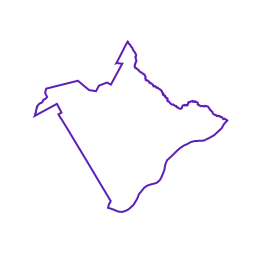 Ramallo, Buenos Aires, Argentina, rotated 106°
{"feature_id": "61730980B89935327549189", "entity_name": "Ramallo", "entity_type": "district", "adm_level": 2, "iso_a3": "ARG", "parent_name": "Argentina", "parent_adm1": "Buenos Aires", "projection": "robinson", "projection_center": [-60.168, -33.589], "detail": "fine", "context": "isolated", "style": "outline", "palette": "violet", "viewbox_px": 256, "rotation_deg": 106, "n_neighbors": 0, "source": "geoboundaries", "source_scale": "gbopen_adm2", "svg_char_len": 5240}
<svg xmlns="http://www.w3.org/2000/svg" viewBox="0 0 256 256"><g transform="rotate(106 128 128)"><path d="M96.4,189.2L112.7,217.5L116.9,217.4L120.6,214.3L122.2,215.1L122.7,215.5L123.0,215.6L123.3,216.0L123.5,216.4L123.8,216.6L124.0,216.9L124.7,217.1L124.8,217.0L125.7,217.4L126.3,217.3L126.5,217.4L127.0,217.9L127.3,218.0L127.6,218.0L127.8,218.2L128.0,218.7L128.2,218.8L128.4,219.3L128.9,219.7L129.1,219.8L130.2,220.6L130.9,220.7L131.8,221.2L132.1,221.2L132.4,221.4L132.6,221.4L132.9,221.1L133.2,221.2L133.7,221.1L134.0,221.1L134.2,221.3L134.6,221.3L135.4,221.2L136.4,221.2L138.0,220.8L138.4,221.0L138.8,220.9L139.0,221.0L139.4,221.1L141.0,220.9L142.1,221.0L124.4,203.0L131.5,196.2L134.0,198.6L136.7,195.9L137.8,194.4L146.9,184.5L171.3,158.3L203.0,124.5L204.1,124.6L204.7,124.6L205.6,125.1L206.3,125.3L210.2,125.2L210.3,120.9L211.0,113.9L210.2,110.3L208.8,108.2L207.4,106.4L205.7,104.8L202.9,103.1L200.4,101.5L194.4,99.9L192.9,99.6L188.3,99.2L186.9,98.4L180.8,95.9L178.0,93.5L176.1,90.8L173.8,86.8L172.8,85.3L169.7,83.2L166.5,82.3L160.9,81.7L157.5,81.5L153.9,82.0L151.1,82.0L147.9,81.4L144.3,79.1L136.2,74.5L133.0,72.5L129.4,69.4L127.2,66.7L124.1,63.6L122.0,59.9L121.5,58.2L120.6,56.0L120.2,54.4L119.2,51.7L115.3,47.3L111.3,43.3L102.4,37.9L97.4,36.7L93.4,34.6L93.0,35.5L92.9,35.9L92.6,37.3L92.4,38.0L92.5,38.2L93.0,38.2L93.1,38.3L93.2,38.6L93.1,38.9L92.8,39.4L92.6,39.8L91.9,40.4L91.6,40.9L91.6,41.2L91.9,42.2L91.9,42.4L91.7,42.8L91.3,43.1L91.2,43.4L91.6,44.1L91.3,44.5L91.3,44.8L91.9,45.5L92.1,45.8L92.0,46.2L91.4,46.9L91.2,47.3L91.2,47.6L91.3,47.9L91.5,48.2L91.5,48.5L91.4,48.8L90.9,50.1L90.5,50.5L90.2,50.7L89.9,50.9L89.7,51.1L89.2,51.3L89.0,51.8L89.0,52.1L88.5,52.9L88.2,53.1L88.1,53.3L87.9,54.4L87.7,54.6L87.2,54.8L86.5,55.5L86.0,56.4L85.4,57.0L85.3,58.1L85.5,58.9L85.4,59.6L85.6,60.4L85.7,60.6L86.2,60.5L86.3,60.7L86.3,60.9L86.2,61.1L86.2,61.3L86.4,61.9L86.4,62.7L86.6,63.2L86.7,63.7L86.9,64.2L87.0,64.4L86.9,64.5L86.7,64.7L86.6,65.1L86.7,65.6L86.4,65.9L86.4,66.0L86.4,66.5L86.3,67.0L86.2,67.5L85.9,67.6L85.4,67.5L85.0,67.5L84.8,67.8L84.3,68.5L84.2,69.2L84.0,69.5L84.0,69.8L84.5,70.3L84.5,70.7L84.3,71.0L83.9,71.2L83.9,71.3L84.0,71.4L84.4,71.5L84.6,71.7L84.4,72.1L84.4,72.3L84.7,72.7L84.3,72.9L84.1,73.3L84.1,73.5L84.5,73.8L84.9,74.5L85.1,74.8L85.4,75.1L85.8,75.6L86.2,75.7L86.4,76.1L86.2,76.5L86.4,76.8L86.8,77.1L88.0,77.0L88.6,77.0L88.9,76.9L89.4,77.0L89.7,77.2L90.2,77.5L90.1,77.8L89.8,78.0L89.7,78.1L89.9,78.4L90.3,78.7L90.3,78.9L90.0,79.2L90.0,79.4L90.3,79.7L90.2,80.0L90.3,80.2L90.9,80.3L90.9,80.7L90.9,81.0L91.1,81.3L92.3,81.9L93.1,81.7L94.1,81.8L94.2,82.2L94.3,82.3L94.7,82.4L95.0,82.5L95.2,82.9L95.1,83.7L95.1,84.3L95.1,84.6L94.7,85.3L94.8,85.7L94.7,86.0L94.4,86.2L94.4,86.4L94.5,86.6L94.5,86.9L94.3,87.1L94.1,87.8L93.9,88.0L93.6,88.0L93.7,88.5L93.6,88.8L93.7,89.1L93.4,89.6L93.4,90.0L93.4,90.3L93.0,90.6L92.9,90.8L92.9,91.0L93.3,91.8L93.3,92.2L93.2,93.2L92.9,93.4L92.7,93.6L92.1,95.0L91.6,95.4L91.4,95.9L91.2,96.1L91.1,96.4L91.3,96.7L91.4,97.0L91.2,97.5L90.6,97.8L90.3,97.7L89.9,97.7L89.8,97.8L89.6,98.1L89.3,98.4L89.2,98.4L89.0,98.2L88.8,98.1L88.6,98.2L88.5,98.8L88.8,99.0L88.5,99.5L88.3,100.3L88.2,100.4L87.7,100.4L87.5,100.5L87.3,100.7L87.6,100.8L87.6,101.1L87.4,101.2L86.9,101.4L86.6,101.8L86.6,102.0L86.8,102.1L86.8,102.4L86.8,102.6L86.4,103.1L86.5,103.4L86.4,103.6L86.1,103.7L85.8,103.4L85.7,103.4L85.4,103.6L85.2,103.5L84.9,103.9L84.8,104.1L84.9,104.4L84.8,104.7L84.7,104.8L84.1,105.0L83.7,105.2L83.4,105.4L83.4,105.8L83.1,106.3L82.6,106.5L82.4,106.7L82.1,107.4L82.1,107.7L82.2,108.0L81.9,108.6L81.7,109.7L81.5,110.0L81.1,110.2L81.0,110.4L81.0,110.6L81.3,110.9L81.4,111.9L81.3,112.0L81.1,112.0L81.0,112.5L80.9,112.6L80.5,112.8L80.3,113.9L80.4,114.3L80.9,114.5L81.0,114.7L81.0,114.9L80.5,115.3L80.1,115.8L79.4,116.1L79.2,116.7L79.1,117.3L78.7,117.8L78.8,118.3L78.3,119.1L78.3,119.3L78.6,119.5L78.7,119.8L78.3,119.9L78.2,120.0L77.6,120.6L77.3,121.2L77.1,121.8L77.0,122.1L76.9,122.5L77.2,122.9L77.2,123.1L77.1,123.9L77.0,124.1L76.9,124.1L76.4,124.2L76.1,124.7L75.6,125.1L75.2,125.2L74.7,124.9L73.9,125.2L73.5,125.8L73.1,126.0L72.8,126.5L72.4,126.7L72.0,127.0L72.0,127.4L71.8,127.8L71.7,128.0L71.7,128.7L71.6,129.0L71.3,129.3L71.2,129.7L71.0,129.9L71.0,131.0L70.8,131.3L70.5,132.4L70.2,132.9L69.8,133.3L69.4,133.5L69.4,134.0L69.2,134.4L69.1,135.0L68.5,135.7L68.4,135.9L68.5,136.5L68.1,136.9L68.1,137.2L68.2,137.5L67.8,137.7L67.7,138.0L67.3,138.5L66.9,138.7L65.9,138.5L65.6,138.7L65.6,138.8L65.4,138.9L65.1,138.8L64.4,138.9L64.0,138.6L62.9,138.8L62.2,138.5L61.8,138.6L61.5,138.3L61.2,138.3L60.7,138.7L59.9,139.2L59.5,139.4L59.2,139.8L58.1,139.9L58.0,140.2L57.7,140.5L57.4,140.6L56.8,140.2L56.1,140.2L55.6,140.2L54.9,140.8L54.4,141.5L54.0,141.8L53.8,141.8L53.3,142.3L53.2,142.5L52.8,143.1L52.7,143.4L52.5,143.6L51.9,144.4L51.4,144.6L51.0,145.1L50.2,145.6L49.9,146.0L49.7,146.2L49.3,146.9L49.0,147.0L48.8,147.5L48.0,148.4L47.8,148.8L47.5,148.9L47.0,149.6L46.9,150.1L46.5,150.5L46.4,151.0L46.1,151.3L45.9,151.6L45.6,151.7L45.2,151.7L45.0,152.1L47.1,152.7L62.9,155.8L69.0,157.1L68.8,156.8L68.6,156.4L68.4,155.9L68.5,155.5L68.4,155.0L68.3,154.6L68.2,154.0L68.0,152.7L68.0,152.2L68.2,151.9L67.9,151.3L91.0,156.4L90.1,160.7L95.3,167.6L101.4,168.9L102.3,175.8L96.4,189.2Z" fill="none" stroke="#5b21b6" stroke-width="2"/></g></svg>